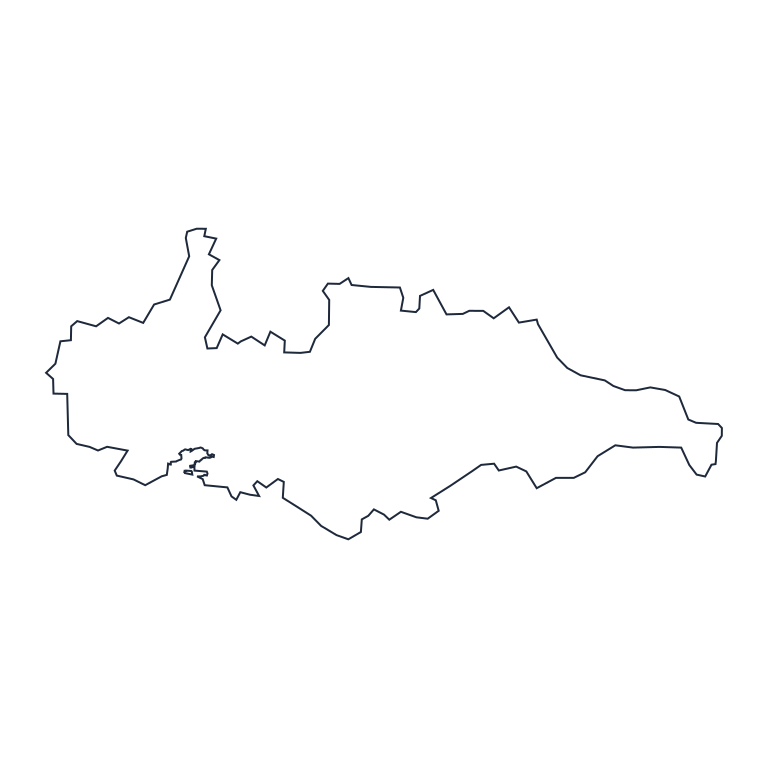 the district of Kitab, Kashkadarya, Uzbekistan
{"feature_id": "79887680B27761464779200", "entity_name": "Kitab", "entity_type": "district", "adm_level": 2, "iso_a3": "UZB", "parent_name": "Uzbekistan", "parent_adm1": "Kashkadarya", "projection": "mercator", "projection_center": [67.005, 39.192], "detail": "fine", "context": "isolated", "style": "outline", "palette": "slate", "viewbox_px": 768, "rotation_deg": 0, "n_neighbors": 0, "source": "geoboundaries", "source_scale": "gbopen_adm2", "svg_char_len": 3102}
<svg xmlns="http://www.w3.org/2000/svg" viewBox="0 0 768 768"><path d="M536.7,319.6L518.9,322.6L509.0,307.3L493.7,318.3L483.3,310.9L469.3,310.8L462.8,313.9L446.5,314.4L433.2,289.9L420.0,295.9L419.3,308.5L415.9,312.1L400.9,310.6L403.3,297.8L399.9,287.5L370.9,286.9L351.6,285.0L348.4,278.1L339.6,283.9L327.9,283.6L322.8,290.9L329.2,299.9L328.9,325.0L315.2,338.8L309.9,351.8L300.5,352.9L284.2,352.4L284.8,340.6L270.4,331.7L264.7,345.4L251.3,336.6L240.8,341.4L237.8,343.6L222.7,334.4L216.7,348.1L207.4,348.5L204.9,337.3L220.6,310.3L211.8,285.3L212.2,270.0L219.4,260.1L208.9,254.3L216.2,238.6L204.3,236.2L205.8,228.8L196.8,228.7L187.2,231.7L185.8,238.0L189.2,256.3L169.9,299.6L154.1,304.5L143.2,322.9L128.9,317.2L119.0,323.5L108.0,317.9L96.1,326.3L77.2,321.1L71.2,326.3L70.9,340.2L60.4,341.3L55.4,363.7L46.1,372.8L53.1,379.0L53.5,393.6L67.2,393.9L68.3,435.1L76.6,443.9L89.6,446.9L98.0,450.5L107.1,446.8L127.6,450.6L120.9,461.4L114.7,470.6L116.8,475.6L133.5,479.4L145.2,485.2L161.7,476.3L166.8,474.9L167.7,468.5L168.1,463.6L170.0,464.2L170.1,464.5L170.8,464.5L170.8,462.1L171.1,461.8L176.2,461.5L176.7,461.1L179.6,459.9L181.0,459.5L181.5,458.5L181.2,454.9L179.9,454.7L179.2,453.7L181.9,451.0L183.3,450.6L184.7,449.5L185.4,449.4L188.2,450.1L189.3,449.5L190.6,448.8L191.4,449.0L191.5,450.0L190.6,450.5L190.6,451.5L191.7,450.9L194.6,448.8L199.1,448.0L200.4,447.5L201.8,447.9L203.0,448.6L203.6,449.6L205.0,450.4L206.5,450.4L207.5,450.4L207.3,453.3L208.5,455.3L210.7,455.2L212.0,454.2L214.0,455.0L213.7,457.0L212.0,456.6L211.3,457.2L210.2,457.0L210.0,457.7L209.3,457.8L205.4,457.3L205.0,458.0L203.7,457.9L202.4,458.7L201.6,459.6L201.2,459.7L200.8,460.3L200.5,460.4L200.1,460.6L199.4,461.6L195.9,461.1L195.9,462.0L195.1,462.1L195.1,462.4L194.8,462.5L194.8,463.5L195.2,463.7L195.1,464.2L194.5,464.1L194.4,464.3L194.5,466.0L193.9,466.0L193.6,465.3L192.8,465.4L190.1,465.8L190.0,466.1L190.3,466.7L190.4,467.5L191.4,467.5L191.5,467.0L193.3,467.1L193.4,466.9L194.4,466.9L194.5,470.6L206.8,471.6L207.5,473.5L206.9,475.5L205.7,475.3L205.1,474.9L204.2,474.9L203.7,475.7L200.5,476.4L197.1,476.4L202.7,479.1L204.7,485.2L227.4,487.4L231.5,496.4L236.3,499.8L240.3,492.2L249.9,494.7L259.1,496.0L253.4,485.4L257.3,481.2L266.3,487.5L277.9,479.0L283.8,481.9L282.8,497.8L299.3,508.2L311.1,515.7L321.1,525.9L336.5,535.1L348.3,539.3L360.9,532.0L361.8,519.4L368.3,515.8L373.9,509.4L384.0,514.6L389.3,519.7L400.9,511.8L416.4,517.3L427.7,518.7L438.7,510.8L435.8,500.3L431.0,498.0L450.2,485.9L472.8,470.7L481.1,464.9L494.1,463.7L498.8,470.5L516.2,466.6L526.3,471.4L536.7,488.2L555.9,477.9L573.7,477.9L585.2,472.3L597.6,456.2L615.3,445.3L633.0,447.6L659.6,446.9L681.2,447.6L689.3,465.0L696.6,474.6L705.2,476.5L711.5,464.7L715.5,464.1L715.9,461.0L717.0,442.9L721.8,435.8L721.9,428.0L718.1,424.0L696.1,422.8L688.3,419.5L679.2,396.5L665.2,390.0L650.3,387.4L636.1,390.3L625.1,390.2L613.4,386.0L604.8,380.4L580.6,375.3L567.3,368.0L557.2,357.6L538.0,324.2L536.7,319.6ZM192.3,474.6L191.8,471.5L191.3,471.0L186.2,470.6L186.2,471.0L184.6,470.8L184.3,472.3L185.0,472.8L185.0,473.1L192.3,474.6Z" fill="none" stroke="#1e293b" stroke-width="2"/></svg>